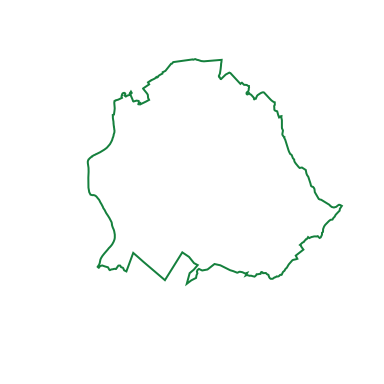 Ixtlahuacán de los Membrillos, Jalisco, Mexico (Robinson projection), rotated 232°
{"feature_id": "50627088B58115544909485", "entity_name": "Ixtlahuacán de los Membrillos", "entity_type": "district", "adm_level": 2, "iso_a3": "MEX", "parent_name": "Mexico", "parent_adm1": "Jalisco", "projection": "robinson", "projection_center": [-103.201, 20.403], "detail": "fine", "context": "isolated", "style": "outline", "palette": "green", "viewbox_px": 384, "rotation_deg": 232, "n_neighbors": 0, "source": "geoboundaries", "source_scale": "gbopen_adm2", "svg_char_len": 5950}
<svg xmlns="http://www.w3.org/2000/svg" viewBox="0 0 384 384"><g transform="rotate(232 192 192)"><path d="M311.3,188.1L311.1,187.8L311.4,186.9L310.2,185.7L305.5,182.6L303.7,180.9L301.1,178.2L301.5,177.0L300.4,176.2L300.1,176.1L299.2,175.3L296.9,174.0L296.1,173.6L294.9,172.8L294.6,172.5L294.3,172.4L293.0,171.5L292.8,171.4L291.6,170.8L291.5,170.6L290.1,169.9L289.7,169.6L289.1,169.2L288.5,169.0L288.1,168.7L286.9,167.7L286.3,166.9L286.0,166.4L285.7,166.0L285.3,165.4L284.9,165.1L284.3,164.3L283.8,163.6L283.4,162.8L282.1,161.0L281.4,159.6L280.2,156.8L280.0,155.8L279.3,152.2L279.3,150.3L279.4,148.4L279.5,147.7L279.8,145.1L280.0,143.5L280.3,142.4L280.4,141.7L280.7,140.3L280.9,139.9L280.9,139.2L281.5,136.8L281.5,135.9L281.7,135.4L281.4,134.9L281.6,134.4L281.6,133.5L281.5,131.7L281.2,130.7L281.3,130.5L280.8,129.5L280.1,128.6L278.9,127.7L274.7,125.3L271.5,122.9L267.2,119.2L259.2,113.1L255.1,110.9L252.4,110.4L250.9,111.5L250.2,112.5L249.3,113.2L248.2,113.7L246.8,113.9L244.9,113.9L243.1,114.0L242.6,113.9L242.0,113.8L240.2,113.4L238.4,113.2L235.1,112.6L233.9,112.2L231.8,112.1L228.2,111.4L225.3,111.2L222.4,110.9L217.6,110.0L215.7,109.0L215.5,108.7L212.8,107.7L210.7,107.2L209.1,106.6L205.9,104.9L203.5,103.0L202.4,101.8L201.1,99.7L199.9,96.9L199.5,95.4L199.1,93.3L199.0,92.1L198.5,90.1L197.5,85.0L196.8,82.1L196.0,79.9L195.2,78.3L192.7,75.4L191.9,74.0L191.1,71.6L189.9,71.8L189.7,71.9L190.2,74.0L189.4,76.0L187.2,77.4L185.1,78.9L184.5,79.4L183.4,79.3L182.3,79.1L181.6,79.0L181.3,79.1L181.0,79.2L180.9,79.5L180.7,80.6L179.8,82.2L179.4,83.2L178.8,84.2L178.3,84.4L178.1,84.8L179.0,87.5L179.3,88.7L178.8,89.5L178.2,90.1L176.9,89.9L176.4,89.9L175.6,90.4L175.0,90.8L174.3,90.9L172.5,90.4L171.9,90.4L169.8,91.4L180.2,108.2L174.1,109.4L167.0,110.7L139.2,116.4L150.4,147.2L142.7,149.7L134.7,149.8L130.9,151.5L129.7,145.6L129.5,140.2L122.9,131.4L122.8,137.1L121.8,142.3L123.7,144.4L124.6,146.2L126.2,146.8L127.1,148.2L127.1,150.1L123.9,151.7L121.4,156.5L121.4,165.4L116.8,169.2L106.9,173.9L104.2,175.8L100.6,177.9L100.3,178.6L100.0,180.2L99.4,180.9L97.8,182.3L96.7,182.9L95.2,183.6L95.0,183.8L94.3,185.8L93.1,183.1L93.0,183.6L92.5,184.4L90.5,185.8L89.7,187.0L88.3,188.0L86.8,189.2L86.8,190.1L87.0,191.6L87.4,192.3L86.7,193.2L86.1,194.3L85.7,195.2L85.4,195.4L85.3,195.6L85.9,196.5L86.2,196.8L86.1,197.2L86.1,197.5L85.5,198.0L85.1,198.1L84.7,197.9L84.3,198.0L82.8,200.2L82.5,200.4L81.6,200.4L80.8,200.6L80.3,200.9L79.7,201.2L78.9,200.8L78.4,200.8L77.5,200.4L76.5,200.3L76.1,200.3L75.1,200.6L74.1,201.9L73.9,202.6L73.9,204.4L73.4,205.4L73.4,206.7L73.1,207.0L72.8,207.3L72.5,207.7L72.3,208.2L72.2,208.9L72.3,209.6L72.4,210.1L72.4,210.3L72.3,210.8L71.6,211.5L71.6,211.8L72.8,214.1L73.0,214.7L73.0,216.0L73.1,216.7L73.4,217.2L73.7,218.0L73.9,218.6L73.9,219.9L74.2,220.7L75.2,223.2L75.4,223.8L76.4,229.0L76.2,230.0L74.9,232.7L74.5,233.9L78.0,234.6L78.0,244.3L82.0,244.5L82.4,244.8L83.2,244.7L83.8,244.5L83.9,245.7L84.1,247.8L83.9,248.9L83.9,249.2L83.8,249.5L84.0,249.8L84.5,252.3L84.4,252.3L84.3,253.8L85.0,255.7L83.5,256.0L82.9,258.6L82.4,259.5L81.9,260.7L81.3,261.6L80.3,262.7L79.8,263.9L78.4,264.0L77.2,264.3L77.0,265.5L78.3,268.1L79.8,269.3L79.9,270.5L80.5,271.2L82.0,272.4L83.5,274.9L84.1,276.8L84.8,282.0L84.8,284.0L83.8,285.7L84.5,287.5L84.7,289.2L85.6,291.2L86.2,295.1L86.4,296.8L87.7,298.2L88.8,301.5L90.4,300.8L90.9,300.5L91.4,300.0L91.6,298.5L91.5,296.6L92.4,294.3L94.2,292.9L96.3,292.4L97.3,292.4L106.4,289.0L107.3,288.2L108.5,287.6L116.3,288.7L117.6,289.5L118.9,290.3L120.4,290.6L121.5,290.5L122.7,289.7L123.6,289.6L125.8,290.6L132.4,293.0L134.5,293.1L136.2,293.6L139.3,295.2L143.6,293.7L144.7,291.6L146.3,291.4L150.3,291.3L152.3,291.4L153.7,291.8L154.7,292.5L156.5,292.3L158.4,292.9L159.6,293.3L161.2,293.0L161.5,292.8L164.1,293.3L165.9,293.9L175.7,297.6L178.2,298.1L178.4,298.6L179.0,298.4L179.9,298.3L181.1,298.4L182.0,298.8L184.3,301.4L185.6,301.9L186.5,302.0L187.4,302.5L193.3,307.1L195.6,308.2L196.7,309.2L197.2,308.2L196.8,307.4L197.1,306.5L199.8,307.4L203.1,308.8L204.3,308.0L205.3,307.5L205.8,307.5L206.2,307.6L208.0,308.9L209.2,309.7L209.7,310.9L211.7,312.4L211.8,312.3L213.1,311.6L215.2,311.0L217.7,310.7L226.0,310.0L226.4,309.8L227.0,309.1L227.5,307.7L227.7,306.2L227.9,303.4L227.8,302.7L227.5,302.0L226.3,299.8L226.6,299.6L226.6,298.3L226.7,298.1L227.2,298.1L227.4,298.3L227.7,298.7L229.0,298.7L232.0,298.5L232.5,298.4L233.3,297.9L234.7,297.9L234.6,296.2L234.7,295.8L235.0,295.5L235.5,295.4L235.9,295.5L236.5,296.0L236.7,296.6L236.8,297.1L236.7,297.7L236.8,298.3L237.3,299.2L237.8,299.8L238.6,300.4L239.1,301.2L240.5,302.1L240.8,301.7L241.2,301.5L241.6,301.3L242.5,301.1L242.8,300.9L244.4,299.0L247.4,298.6L247.5,298.4L247.4,296.7L262.0,295.5L262.1,295.4L263.1,294.9L263.8,290.9L263.5,288.1L263.1,284.4L263.4,284.1L265.9,284.5L265.9,284.2L266.2,284.2L266.9,284.6L268.0,286.7L268.3,287.1L271.3,290.3L274.4,293.3L274.8,293.5L276.2,295.1L277.9,296.7L287.6,281.9L289.3,280.1L289.8,279.7L292.1,278.2L293.1,277.3L294.7,276.4L295.2,275.3L295.3,274.8L295.6,274.3L296.1,274.1L305.9,257.2L305.5,255.2L305.7,254.6L305.9,254.4L303.8,245.6L304.1,244.3L304.2,243.2L304.5,242.7L303.5,241.6L304.0,239.0L304.1,236.9L303.6,235.8L303.8,235.4L303.8,234.8L304.5,234.7L304.3,232.5L305.0,229.3L305.2,227.3L305.3,227.4L305.5,224.8L303.2,224.5L303.7,217.3L303.6,217.1L297.8,217.2L296.0,217.1L295.3,216.7L293.1,215.3L291.0,214.9L291.6,211.3L292.9,205.3L293.9,205.9L294.2,203.8L294.3,203.8L294.5,204.4L294.8,204.8L296.3,206.0L296.6,206.0L298.2,204.5L298.8,202.9L299.4,201.6L299.8,201.5L301.6,202.1L306.9,203.5L307.2,205.5L308.7,205.7L308.4,204.9L308.3,204.2L307.9,203.5L307.0,202.9L306.8,202.9L306.8,202.7L307.6,200.9L307.9,199.6L307.9,199.0L308.0,198.6L309.2,198.3L309.7,198.9L309.8,199.2L310.4,199.9L311.0,200.0L311.2,199.8L311.7,199.7L312.0,199.5L312.3,198.6L312.4,198.2L312.4,197.9L312.2,197.5L311.8,196.8L311.2,196.8L311.2,196.0L310.9,195.5L310.1,194.9L309.9,195.0L309.3,194.8L310.2,190.7L311.3,188.1Z" fill="none" stroke="#15803d" stroke-width="2"/></g></svg>